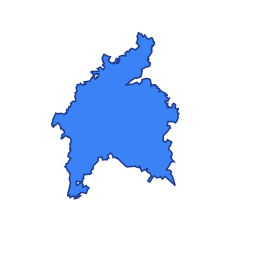 San Luis De Sincé, Sucre, Colombia (Robinson projection), rotated 31°
{"feature_id": "7082276B69814222913428", "entity_name": "San Luis De Sincé", "entity_type": "district", "adm_level": 2, "iso_a3": "COL", "parent_name": "Colombia", "parent_adm1": "Sucre", "projection": "robinson", "projection_center": [-75.111, 9.253], "detail": "fine", "context": "isolated", "style": "filled", "palette": "blue", "viewbox_px": 256, "rotation_deg": 31, "n_neighbors": 0, "source": "geoboundaries", "source_scale": "gbopen_adm2", "svg_char_len": 5712}
<svg xmlns="http://www.w3.org/2000/svg" viewBox="0 0 256 256"><g transform="rotate(31 128 128)"><path d="M161.1,85.5L159.8,86.3L157.9,86.8L157.7,85.5L156.9,83.7L155.6,83.3L154.3,83.5L154.0,84.5L154.1,85.7L155.3,87.9L154.6,88.6L153.9,88.5L153.2,88.8L151.5,90.1L151.7,88.6L150.6,88.5L150.6,88.8L149.7,88.8L149.6,86.7L146.4,86.9L146.4,84.9L148.4,84.7L148.0,81.3L147.5,81.8L146.9,81.7L145.8,82.0L144.9,81.6L144.7,80.8L144.8,79.8L144.5,79.4L143.8,80.5L143.0,81.1L142.5,78.9L140.0,79.3L136.7,79.1L135.9,80.5L135.5,78.8L134.8,78.2L134.0,78.1L132.3,78.9L131.9,77.9L132.0,77.4L130.3,77.5L129.7,76.8L129.2,77.4L129.2,77.2L127.5,77.7L126.3,80.3L125.5,78.6L123.7,76.9L122.9,75.7L122.2,75.2L121.2,74.9L119.4,75.7L118.5,75.8L115.1,79.4L116.3,82.0L115.6,82.4L115.5,84.8L112.2,84.2L111.5,85.3L110.9,85.7L109.3,88.3L107.5,89.3L104.3,91.9L106.5,84.8L107.4,83.7L107.7,82.5L108.4,81.3L110.0,80.8L110.7,80.2L111.2,79.0L112.6,77.2L110.9,71.9L110.7,72.0L109.8,71.0L109.4,70.9L111.8,66.8L113.9,64.9L114.5,64.0L114.2,61.6L113.6,60.9L113.2,60.7L111.9,60.8L111.7,61.1L111.3,60.9L111.1,60.5L111.2,60.2L110.6,59.2L110.1,59.6L109.4,59.6L109.4,57.8L109.8,57.8L108.7,56.6L109.3,54.9L109.1,54.5L109.4,51.3L108.6,49.2L107.5,48.7L107.5,48.3L107.2,48.1L107.1,47.4L107.4,47.4L107.4,47.1L107.0,47.1L106.8,46.4L107.2,46.2L106.9,46.3L106.7,45.5L106.3,45.5L106.4,45.2L106.8,45.4L107.2,44.9L107.2,44.5L107.1,43.5L107.3,43.6L107.3,42.1L106.7,41.7L106.0,40.6L105.0,40.7L103.6,39.1L102.1,38.4L101.8,38.4L100.0,41.2L97.5,41.2L94.5,39.6L93.9,42.3L91.4,40.6L91.3,41.3L89.7,40.8L87.9,41.0L88.2,41.9L88.6,44.8L89.3,45.6L90.2,45.5L90.6,45.8L90.5,47.1L91.3,49.3L91.5,50.9L94.3,51.2L94.7,52.2L95.5,52.5L95.5,53.1L94.3,56.4L94.2,57.3L92.3,57.3L91.2,57.9L90.1,57.9L89.2,60.3L89.7,62.2L87.8,62.6L87.1,64.5L87.2,66.1L88.7,67.2L88.8,67.6L86.1,68.5L83.7,71.2L86.1,74.5L86.3,76.3L86.1,76.3L85.9,77.9L84.7,78.3L84.8,76.1L84.6,76.0L84.3,74.1L83.1,73.7L82.2,74.5L82.9,78.4L82.9,80.2L81.7,79.5L81.1,80.6L79.2,81.0L76.3,79.9L76.2,76.0L73.7,76.9L69.4,77.1L69.9,81.7L71.2,82.3L71.3,83.0L71.8,83.1L72.4,84.2L73.6,84.5L74.6,85.0L73.9,86.1L73.7,87.1L74.3,87.5L75.4,87.3L76.8,88.0L76.8,90.8L72.9,90.0L71.3,92.9L72.0,92.8L72.5,93.1L73.5,94.2L73.3,94.7L72.3,95.6L71.3,95.8L70.1,97.2L68.8,97.2L67.4,98.9L68.1,99.6L68.5,99.2L69.3,99.1L71.2,100.6L73.1,98.0L73.4,98.2L74.2,97.0L74.9,96.5L76.1,99.5L74.8,100.5L75.6,101.5L74.5,103.1L72.0,100.5L71.6,101.0L71.3,102.3L71.9,102.3L71.3,104.4L71.1,104.3L71.1,107.4L66.7,111.0L69.3,111.9L68.3,113.1L67.5,113.1L67.8,114.2L64.9,114.9L64.8,114.2L64.3,114.2L64.5,114.8L64.3,115.0L64.4,115.4L62.2,117.0L62.8,118.6L62.7,120.1L64.9,122.2L65.4,122.9L65.4,123.3L64.5,125.2L65.6,125.5L65.9,127.3L66.2,127.7L66.5,128.8L67.7,129.4L69.5,132.4L68.5,132.6L67.7,133.3L67.0,133.5L66.1,136.4L67.3,137.0L67.5,137.5L67.2,139.2L67.5,140.1L66.5,140.2L67.1,143.6L66.0,143.8L66.8,145.4L67.9,146.7L66.6,147.3L66.9,148.8L65.1,149.6L62.8,150.0L60.5,152.0L58.4,152.5L58.7,153.5L58.7,155.2L59.3,157.1L59.1,159.1L60.4,161.4L60.2,163.1L61.1,164.4L63.5,165.8L63.6,165.1L63.4,165.3L63.1,165.1L63.2,164.8L62.5,164.9L64.5,162.7L65.2,159.9L65.5,159.9L67.8,160.4L68.9,161.2L70.8,163.3L71.3,162.4L72.3,163.0L73.7,163.1L73.9,163.4L74.5,163.1L76.2,165.2L74.8,168.2L76.1,169.1L75.9,170.9L76.4,171.6L77.5,169.9L78.3,166.8L80.4,166.6L81.5,166.8L81.9,166.0L84.0,166.6L85.7,168.2L86.6,169.7L86.2,170.4L86.6,171.3L86.5,171.9L87.8,172.7L88.2,174.4L88.8,174.8L88.8,175.6L89.2,175.8L89.4,175.6L89.6,175.6L89.3,176.0L89.5,176.8L90.4,176.9L90.7,177.4L90.3,179.8L90.9,182.9L93.1,183.7L94.6,183.5L94.5,185.6L94.2,186.9L94.5,188.5L94.4,189.7L93.4,190.5L94.3,192.4L93.8,193.7L96.1,194.0L97.7,195.4L99.6,196.0L102.1,197.4L103.1,199.0L103.3,200.6L104.1,201.9L104.6,202.7L106.3,203.8L106.9,204.8L107.8,207.3L108.5,208.7L108.3,208.8L109.3,211.7L109.8,214.0L111.2,216.9L111.7,216.4L111.6,216.9L111.9,217.0L112.9,216.3L114.3,217.6L115.3,215.1L115.7,214.9L115.7,215.4L117.2,214.6L117.3,214.2L118.0,214.8L118.6,216.2L120.7,214.1L119.5,214.1L119.5,213.4L118.9,213.2L119.0,212.6L119.8,212.7L121.0,212.2L121.2,212.4L121.7,212.1L121.7,211.1L122.3,210.5L121.2,210.4L119.6,210.6L120.9,208.5L121.0,207.4L123.5,206.2L126.0,205.5L125.2,202.8L125.3,199.3L123.4,199.6L121.8,198.9L119.5,202.0L118.7,200.5L118.6,199.6L116.1,198.5L115.6,198.5L114.4,202.7L113.5,203.5L111.1,200.4L115.6,198.2L116.7,197.2L115.6,195.8L115.8,195.0L115.5,194.6L116.1,194.3L114.9,192.5L114.2,190.0L115.7,189.9L116.3,189.5L117.3,188.1L119.1,187.5L119.7,186.0L120.1,185.5L118.9,184.8L118.2,183.3L118.3,182.4L119.1,181.7L119.1,180.5L118.1,179.4L117.8,177.8L119.3,172.0L119.1,171.2L117.7,168.7L120.6,166.3L121.2,167.2L122.9,168.4L125.5,166.1L125.6,166.5L126.2,166.3L126.6,163.9L127.0,163.7L124.8,161.8L125.9,158.6L128.1,158.9L129.5,159.9L130.5,161.1L131.6,159.8L134.0,159.9L134.0,159.2L144.6,161.7L147.0,162.0L154.2,156.8L154.6,157.2L157.8,156.4L157.9,154.8L160.0,156.6L162.1,158.0L165.1,153.3L165.8,153.1L165.8,155.2L166.1,155.4L168.1,155.8L170.1,155.5L172.9,157.3L172.2,159.4L172.3,163.2L174.5,163.1L174.6,158.0L175.0,155.6L177.8,155.9L178.5,155.8L181.3,153.2L181.3,152.7L183.7,154.2L184.8,150.4L197.6,152.9L197.6,152.6L193.7,148.9L190.4,146.3L188.2,145.5L187.8,143.2L186.5,142.7L185.2,142.8L182.5,144.2L182.7,138.1L182.3,135.8L183.7,133.7L184.8,133.2L179.6,131.5L179.7,130.8L180.0,130.6L179.4,128.1L178.6,126.8L176.7,125.9L174.0,125.3L173.5,125.0L173.3,124.6L173.3,121.4L172.7,117.5L167.8,117.7L168.0,120.4L164.9,121.2L164.6,120.1L162.4,117.0L162.3,116.0L163.7,110.3L163.7,107.6L164.4,106.1L162.6,104.6L161.8,104.8L161.2,105.5L160.3,105.7L159.8,103.6L158.9,101.9L162.6,99.8L164.1,99.3L166.0,99.2L166.3,97.1L165.7,93.2L164.1,91.4L164.2,89.5L162.7,89.4L161.7,88.5L161.5,86.2L161.1,85.5Z" fill="#3b82f6" stroke="#1e3a8a" stroke-width="1.5"/></g></svg>